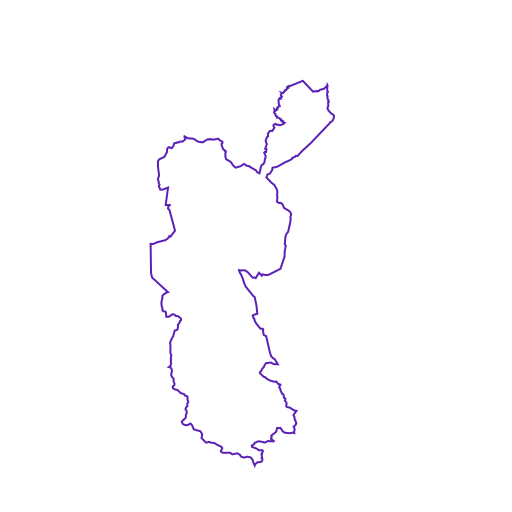 Zoquitlán, Puebla, Mexico (Albers equal-area conic projection), rotated 126°
{"feature_id": "50627088B95071614808340", "entity_name": "Zoquitlán", "entity_type": "district", "adm_level": 2, "iso_a3": "MEX", "parent_name": "Mexico", "parent_adm1": "Puebla", "projection": "albers", "projection_center": [-97.006, 18.385], "detail": "fine", "context": "isolated", "style": "outline", "palette": "violet", "viewbox_px": 512, "rotation_deg": 126, "n_neighbors": 0, "source": "geoboundaries", "source_scale": "gbopen_adm2", "svg_char_len": 6132}
<svg xmlns="http://www.w3.org/2000/svg" viewBox="0 0 512 512"><g transform="rotate(126 256 256)"><path d="M397.0,261.2L396.4,259.6L397.3,257.4L398.2,256.6L402.0,254.8L403.2,253.1L403.6,250.9L404.0,250.2L406.0,248.9L407.4,246.6L408.9,246.2L410.5,246.7L411.8,245.5L411.6,243.1L410.5,240.8L411.2,236.5L410.1,233.2L410.1,232.4L410.7,231.4L410.0,229.9L410.3,228.4L412.5,227.0L413.9,225.0L415.8,224.8L417.9,223.3L419.6,223.6L421.5,223.0L421.9,221.4L423.6,219.8L426.1,219.2L427.4,218.1L428.3,217.9L431.0,218.2L432.4,218.7L433.9,218.5L434.9,216.3L434.6,214.4L433.7,212.7L431.7,211.2L430.2,210.8L430.0,210.2L430.5,208.2L432.8,204.5L430.5,197.9L431.8,194.8L435.3,193.0L436.3,187.4L436.1,186.3L434.1,184.9L433.4,182.6L431.8,179.8L431.5,176.0L430.8,172.5L430.8,171.2L431.3,170.3L434.5,169.8L434.9,169.3L434.8,167.8L434.3,166.4L431.0,162.3L430.3,160.9L430.5,159.7L430.2,158.4L426.7,155.2L426.2,152.4L426.9,150.8L426.9,149.5L426.1,147.1L423.7,145.4L422.1,142.0L422.9,138.9L424.1,137.6L426.2,133.9L424.6,134.4L423.5,133.8L422.1,133.7L420.6,131.8L418.8,130.5L417.3,130.9L416.2,131.8L415.5,132.6L415.8,132.8L414.8,133.3L413.7,134.6L412.6,134.7L412.4,135.4L410.3,135.5L409.4,136.2L409.7,137.3L411.3,139.0L411.6,142.9L412.8,147.0L411.9,148.0L409.4,147.0L408.0,147.2L404.9,145.5L403.8,144.1L401.7,139.2L398.6,137.5L395.8,132.9L395.2,132.8L395.1,136.4L394.7,136.7L393.6,136.7L392.4,138.0L386.5,136.4L382.6,137.8L381.5,135.9L380.7,135.2L382.2,131.0L381.9,128.5L379.7,124.8L377.4,122.5L376.8,120.9L375.8,121.9L373.8,122.6L372.8,123.6L372.0,125.2L369.6,124.7L367.7,125.0L365.9,127.5L365.9,128.2L363.6,130.3L362.8,132.1L357.5,132.3L358.5,134.3L358.8,139.6L360.0,142.2L359.9,143.0L358.2,144.3L357.6,144.3L356.7,145.3L356.0,147.6L354.0,148.4L354.3,149.7L353.6,150.9L352.7,151.3L352.0,152.5L351.7,153.5L352.1,154.0L350.1,157.5L349.1,158.2L348.7,160.0L347.2,160.6L346.1,160.3L345.7,160.7L346.5,163.0L345.6,165.7L346.8,166.9L348.4,171.1L348.9,173.6L348.9,176.6L348.6,177.4L349.1,178.1L349.1,179.3L348.6,183.6L348.3,184.1L347.7,184.5L346.2,184.2L343.6,184.7L340.9,184.4L339.5,184.9L336.8,184.9L333.4,181.3L333.1,178.2L330.8,174.7L328.5,180.0L328.7,182.0L328.2,184.7L326.1,187.8L314.9,200.6L315.3,203.5L312.2,206.5L311.1,207.1L310.8,207.7L312.1,209.4L312.0,210.6L310.5,216.0L309.4,218.6L307.8,220.5L307.6,221.7L306.0,223.7L305.2,223.4L302.0,221.0L296.0,226.3L290.0,232.9L289.9,234.9L286.9,246.1L284.9,249.7L281.7,253.9L279.8,257.2L278.9,259.4L277.4,261.4L276.5,259.6L274.9,257.8L274.0,256.1L274.0,252.9L275.5,245.9L274.2,244.5L274.1,243.2L267.8,243.8L268.5,239.7L267.0,239.9L265.7,236.9L263.9,234.8L252.0,228.7L239.8,232.5L235.7,235.3L230.1,238.0L229.6,239.6L223.1,243.5L220.7,244.3L217.3,244.3L209.1,247.9L205.3,249.9L204.2,251.2L202.7,251.6L201.1,252.5L200.1,255.3L200.6,261.7L198.7,264.7L198.4,267.0L199.8,269.0L199.6,271.1L196.1,273.1L194.6,274.6L191.5,276.4L190.0,278.1L187.8,282.7L187.6,286.7L186.3,293.8L183.3,294.6L181.1,293.2L176.9,293.4L175.1,294.5L174.4,294.2L172.0,291.8L170.1,290.7L162.8,287.4L159.0,285.1L156.1,283.9L155.1,284.3L152.9,282.8L151.5,282.7L150.7,281.2L143.9,280.4L132.6,278.1L105.0,274.4L104.2,274.7L102.9,273.8L101.2,273.6L98.8,274.1L96.5,275.5L96.3,276.6L96.5,278.6L96.0,281.7L95.4,283.5L94.2,285.3L92.3,285.6L89.8,287.6L88.4,287.8L88.6,288.3L87.1,289.4L87.2,289.8L86.0,291.3L84.7,291.9L84.5,292.8L82.1,294.3L81.1,294.2L80.2,295.6L78.3,297.1L76.1,298.2L75.7,298.9L76.7,298.5L80.7,299.3L84.1,302.0L85.8,302.2L86.4,303.5L87.3,303.6L87.9,305.1L89.5,306.3L86.8,321.1L98.5,328.4L98.9,329.7L99.0,329.1L100.6,330.1L101.7,329.8L101.4,328.9L102.1,329.2L103.7,329.2L104.6,329.8L104.7,329.5L106.2,329.9L106.3,329.6L108.4,330.0L108.9,331.3L109.0,330.8L111.1,330.7L112.0,328.6L113.9,329.5L114.3,328.6L114.7,329.2L116.0,329.7L119.3,327.3L120.8,324.9L121.7,325.7L123.2,325.5L123.6,326.0L124.4,325.8L124.8,324.9L126.7,325.5L126.5,327.4L128.0,325.9L129.0,326.0L129.6,325.1L129.8,323.6L130.3,323.4L131.0,322.3L130.7,321.2L131.7,320.5L131.2,320.1L130.7,317.4L131.1,316.9L130.7,315.8L131.7,315.4L131.1,313.6L131.8,313.7L131.8,311.9L131.5,311.1L132.7,311.3L135.4,312.9L136.6,314.2L136.6,315.2L137.7,316.4L137.6,318.0L139.6,318.9L140.8,318.0L141.4,316.5L145.4,316.4L146.2,317.9L146.8,318.3L150.0,318.3L151.9,316.6L153.4,317.0L157.1,316.0L159.2,313.0L163.8,311.6L163.3,310.5L165.9,309.0L166.7,310.1L167.6,310.1L169.1,307.4L170.6,306.2L173.2,305.4L174.8,304.4L177.3,304.0L178.4,304.7L180.3,304.7L187.1,301.8L187.5,304.2L186.7,306.6L187.5,313.4L187.2,313.9L188.7,317.4L188.3,319.0L188.8,319.9L192.6,321.4L196.3,324.2L196.5,325.5L195.9,328.8L194.9,330.8L194.8,333.3L195.3,336.8L193.7,339.1L190.8,341.3L189.9,341.3L189.0,342.0L189.3,342.9L188.8,343.4L189.0,345.1L186.8,348.7L185.6,349.8L184.1,349.6L183.2,350.5L183.7,353.0L183.2,355.3L187.4,359.4L188.0,361.3L188.7,361.6L188.7,362.2L189.5,362.6L189.6,363.4L193.1,365.1L195.0,365.5L195.4,366.5L196.2,367.1L196.4,367.9L197.0,368.6L197.7,371.3L197.7,374.6L198.5,376.8L200.7,380.0L201.2,384.1L201.8,383.8L202.4,382.2L203.2,381.8L206.5,382.6L207.9,384.6L209.7,385.4L210.2,386.5L211.1,386.7L212.5,388.2L213.0,388.4L215.6,387.5L218.2,387.6L218.9,388.6L218.8,390.0L219.8,390.9L222.1,390.6L224.1,389.1L229.6,388.4L234.7,391.1L236.4,391.1L237.6,390.6L241.4,387.8L247.8,381.7L251.6,380.5L252.9,378.6L253.9,378.0L255.0,375.9L256.1,375.9L257.1,375.2L257.5,374.0L258.5,372.7L258.4,372.2L256.9,370.3L252.3,367.4L267.9,359.0L264.9,355.1L266.9,356.3L269.3,355.1L269.7,353.0L283.1,336.4L290.7,336.6L290.9,337.8L291.8,337.5L294.2,337.8L296.4,338.6L302.9,344.0L306.5,346.1L307.6,347.4L308.1,348.4L331.5,330.9L334.5,327.4L337.0,306.0L338.0,306.8L341.7,308.3L343.4,308.2L345.5,306.8L348.9,305.4L351.5,303.4L353.4,300.8L355.1,299.6L355.2,298.4L354.5,297.4L354.3,296.4L354.7,295.6L357.8,293.0L357.5,292.1L356.2,290.7L352.6,289.5L351.7,288.8L351.4,287.0L351.7,285.8L350.7,284.1L350.6,283.1L350.6,280.6L350.9,279.8L351.9,279.0L353.3,279.3L353.7,278.9L355.3,278.7L357.7,278.7L358.8,277.6L361.0,276.6L362.1,276.4L364.1,277.9L369.7,275.8L372.9,275.5L376.6,274.6L379.3,272.1L384.5,268.5L385.3,267.6L385.9,266.3L388.9,264.8L389.9,263.6L391.6,262.9L392.5,261.6L395.3,260.6L397.0,261.2Z" fill="none" stroke="#5b21b6" stroke-width="2"/></g></svg>